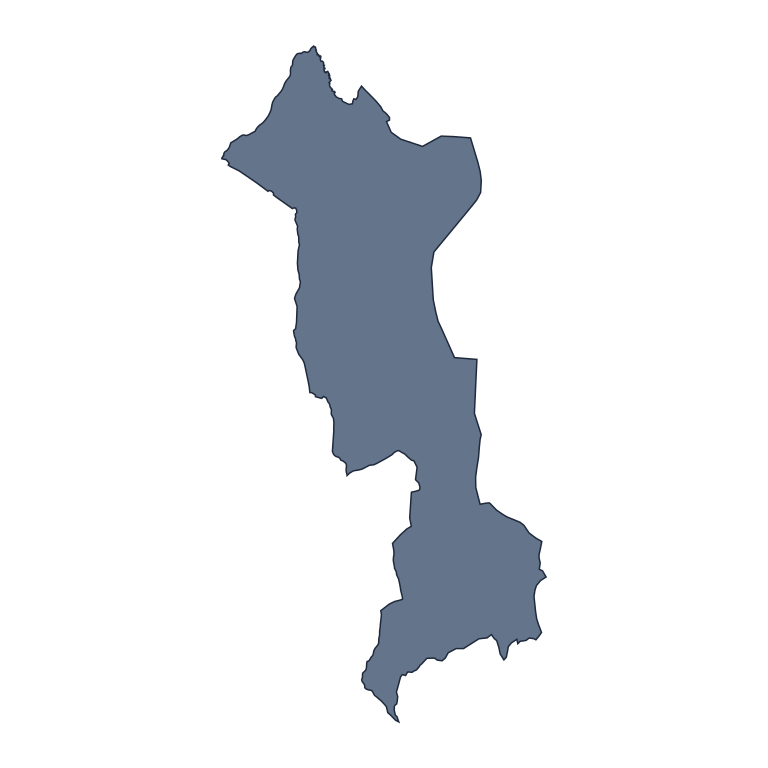 outline of Agotime Ziope, Volta, Ghana
{"feature_id": "2480657B11620193732867", "entity_name": "Agotime Ziope", "entity_type": "district", "adm_level": 2, "iso_a3": "GHA", "parent_name": "Ghana", "parent_adm1": "Volta", "projection": "equal_earth", "projection_center": [0.664, 6.472], "detail": "fine", "context": "isolated", "style": "filled", "palette": "slate", "viewbox_px": 768, "rotation_deg": 0, "n_neighbors": 0, "source": "geoboundaries", "source_scale": "gbopen_adm2", "svg_char_len": 5977}
<svg xmlns="http://www.w3.org/2000/svg" viewBox="0 0 768 768"><path d="M481.2,434.7L474.4,413.3L476.9,359.4L454.5,357.6L440.9,327.2L438.1,321.3L435.8,312.1L433.3,300.0L431.3,267.7L433.9,252.0L468.6,210.0L476.6,200.1L480.6,192.6L481.3,180.7L480.2,171.7L477.9,162.4L470.5,137.9L453.7,136.6L441.2,136.1L422.5,146.4L400.8,139.2L391.2,132.3L386.5,121.6L389.5,120.1L389.5,117.5L386.6,113.9L382.7,110.6L380.8,106.8L376.0,101.1L368.4,93.3L365.5,90.5L361.5,86.1L358.3,91.2L357.8,96.6L356.1,99.4L353.9,98.8L353.0,100.7L352.4,103.8L348.9,104.4L342.6,101.4L341.6,98.8L338.9,98.4L336.0,96.7L335.7,96.0L334.6,94.9L334.5,94.1L334.1,93.3L334.1,92.9L334.3,92.7L335.0,92.6L335.1,92.3L335.1,92.1L334.4,91.8L334.0,91.2L332.6,91.2L332.1,90.9L331.9,90.6L331.9,90.1L332.4,89.6L332.4,89.3L331.6,88.7L329.6,86.1L329.5,84.5L329.9,83.5L329.8,83.2L329.2,82.9L329.0,82.5L331.0,80.4L330.1,78.2L329.6,78.7L329.2,78.3L329.0,77.9L329.8,75.6L329.7,75.4L329.4,75.3L329.2,75.6L328.9,75.7L328.6,75.4L328.6,75.0L328.8,74.5L329.3,74.1L329.2,73.8L329.0,73.7L328.7,73.4L328.5,72.7L327.8,71.5L327.6,71.4L327.2,71.4L326.9,71.6L326.2,72.8L325.9,72.7L325.4,72.0L325.0,72.3L324.5,71.9L323.9,69.6L324.1,69.0L324.7,69.0L325.0,68.5L324.8,68.0L323.9,67.7L323.8,66.4L324.3,65.8L324.4,65.4L323.6,65.4L323.6,62.7L322.9,61.6L322.4,61.2L322.1,61.1L321.1,61.4L320.8,61.2L320.3,59.1L320.3,58.8L320.7,58.3L320.6,57.9L320.2,57.7L320.1,57.1L320.2,56.9L320.8,56.7L320.8,56.3L320.3,55.9L320.0,55.9L319.1,56.3L318.9,56.1L318.8,55.1L318.5,54.7L317.3,54.9L317.1,54.6L317.5,53.5L316.7,52.4L316.4,51.6L315.9,50.8L315.9,50.5L316.3,50.2L315.9,49.3L315.5,47.4L315.1,46.9L314.3,47.1L314.1,47.0L313.7,46.1L312.2,47.2L310.7,48.8L310.4,49.7L309.2,51.3L308.1,52.1L307.7,52.3L306.0,52.1L304.6,51.7L303.8,51.9L303.2,52.0L302.6,52.4L301.3,53.5L301.1,53.6L300.3,53.2L297.8,53.6L297.0,54.0L295.8,55.4L294.0,58.3L292.9,60.5L292.7,61.4L292.5,64.9L292.4,65.3L291.1,66.9L290.7,68.0L290.4,71.0L290.5,73.0L290.3,75.4L289.2,77.2L286.7,80.2L284.9,83.0L284.3,84.4L283.5,86.7L282.3,89.4L281.1,91.3L277.3,95.8L275.5,97.2L274.5,98.7L273.8,100.1L273.0,101.4L272.6,102.5L272.0,104.6L271.1,109.7L269.8,112.9L268.0,116.4L264.5,121.0L262.4,123.2L261.0,124.2L260.1,124.7L257.7,127.0L256.2,129.1L255.0,131.4L251.4,133.2L249.6,134.3L246.7,135.5L243.5,135.0L242.3,135.2L239.5,136.9L238.7,137.8L236.9,139.0L236.4,139.5L230.8,142.8L229.4,147.1L228.7,148.3L227.4,150.0L226.2,151.0L224.9,151.8L224.2,152.8L223.7,154.2L223.8,155.3L223.6,155.7L223.1,155.9L222.7,156.9L222.4,157.4L221.9,157.8L221.9,158.8L225.8,159.6L227.4,160.9L229.2,163.3L228.2,165.0L230.3,166.5L239.0,170.8L256.7,182.9L268.0,191.3L268.9,190.5L270.9,190.9L272.4,191.9L273.5,193.2L273.5,195.0L276.6,197.4L292.4,208.6L293.8,207.9L295.7,208.1L296.7,210.5L296.8,212.7L295.4,214.2L295.7,217.0L295.1,218.5L295.0,220.1L297.6,226.3L297.2,229.2L297.9,234.6L298.7,236.7L298.8,242.6L299.5,244.4L298.1,250.7L297.4,263.2L297.9,269.8L299.2,274.7L299.4,278.9L300.4,281.6L299.5,287.7L295.9,294.1L294.5,298.4L297.1,306.5L296.5,322.3L295.6,328.8L293.6,330.5L293.7,332.1L294.6,336.6L295.6,338.8L295.8,340.8L296.5,342.6L296.1,347.5L298.7,354.2L302.7,359.7L304.2,362.9L305.2,367.2L308.1,380.9L309.2,386.7L309.9,392.6L311.9,392.7L315.4,395.0L315.5,396.7L321.7,398.4L323.5,396.4L325.3,397.5L326.0,397.6L326.5,398.5L328.1,402.2L328.7,402.8L329.7,404.5L330.3,407.3L331.0,408.5L331.4,410.6L331.2,413.9L331.7,415.2L333.4,418.2L333.9,422.4L333.7,429.7L333.8,430.9L332.4,451.4L333.5,454.1L334.6,455.5L336.1,456.5L338.1,457.1L339.8,458.1L340.8,460.1L343.0,461.0L343.8,461.6L345.8,463.3L346.5,465.1L346.1,470.0L346.3,472.1L347.0,474.6L347.1,475.5L349.5,473.2L353.1,471.0L355.3,470.5L358.3,470.1L362.1,469.1L369.4,465.3L373.8,464.8L377.0,463.3L385.6,458.6L392.0,454.7L394.0,452.7L396.1,451.3L397.8,450.7L399.1,450.7L401.9,452.5L404.8,454.0L407.5,456.7L411.4,460.1L414.0,460.9L417.1,467.3L415.5,479.7L418.8,483.0L419.9,487.1L419.8,488.9L419.4,489.8L418.9,490.2L416.3,491.1L411.4,492.2L409.7,517.8L411.3,526.3L407.0,528.8L400.5,534.7L392.5,543.4L393.8,550.4L394.0,554.4L393.5,556.9L393.3,559.5L393.4,561.3L394.4,566.5L394.5,568.2L396.3,571.9L396.6,574.7L398.5,578.7L399.4,582.6L400.4,587.8L400.7,590.3L402.5,597.5L402.4,599.4L399.0,600.4L394.6,601.5L389.4,604.0L380.8,610.6L381.4,614.6L381.2,617.0L380.3,624.7L380.2,627.3L379.7,630.3L379.6,631.8L379.6,635.1L378.9,638.1L378.6,643.3L377.7,645.1L374.8,648.7L374.3,650.0L373.7,651.0L373.6,652.2L373.0,654.8L371.8,656.6L370.9,657.4L370.3,658.8L369.2,660.5L368.5,661.0L367.1,661.5L366.7,663.3L366.5,667.2L366.1,669.4L365.1,670.8L362.6,673.2L362.4,677.7L361.7,679.5L361.8,680.4L362.5,682.2L363.0,682.5L363.3,683.1L363.7,683.6L364.1,684.3L364.7,685.3L364.7,687.2L365.0,688.0L366.5,689.3L367.0,689.3L367.9,689.7L368.9,690.0L370.4,690.2L371.8,690.6L372.1,691.2L372.4,691.4L374.5,695.3L377.3,697.5L377.6,697.9L380.8,700.5L384.3,704.2L386.4,706.7L387.8,712.7L390.7,715.2L395.5,720.2L398.8,721.9L397.0,716.7L395.3,715.0L394.2,710.0L394.4,706.4L394.6,705.8L395.2,705.0L396.7,703.9L397.2,701.4L397.7,696.7L396.4,692.0L397.8,687.2L400.5,677.1L402.3,674.6L405.6,675.5L407.5,672.2L408.0,672.0L412.1,672.3L414.1,670.9L414.8,670.6L415.4,670.5L416.6,669.8L419.0,667.0L419.9,665.4L421.9,663.7L426.9,658.3L434.6,658.1L437.2,660.1L442.1,660.8L445.3,658.1L448.2,652.8L456.1,648.6L463.5,648.6L478.9,638.8L487.1,637.9L491.4,634.6L494.2,638.5L496.7,640.6L498.8,647.3L500.2,654.0L503.9,659.9L506.3,657.2L507.5,651.5L508.3,646.7L511.4,642.9L516.9,639.3L517.8,643.7L520.2,641.3L525.1,640.6L526.4,640.2L529.2,638.0L533.9,638.7L535.9,639.8L538.8,636.3L541.5,632.5L538.6,624.8L536.7,618.9L535.6,611.7L534.0,596.5L534.9,590.4L536.4,585.6L540.6,580.5L546.1,577.0L542.5,570.8L539.3,569.3L540.2,562.8L539.1,558.3L539.0,554.9L540.2,549.5L541.8,541.5L536.0,538.2L529.1,533.0L524.0,525.4L520.1,522.3L506.7,516.8L501.7,513.7L496.4,510.0L490.3,503.7L489.2,502.9L486.4,503.1L481.8,503.9L480.1,504.3L475.8,487.6L475.6,477.3L476.8,468.2L478.5,457.6L479.3,447.4L480.1,439.6L481.2,434.7Z" fill="#64748b" stroke="#1e293b" stroke-width="1.5"/></svg>